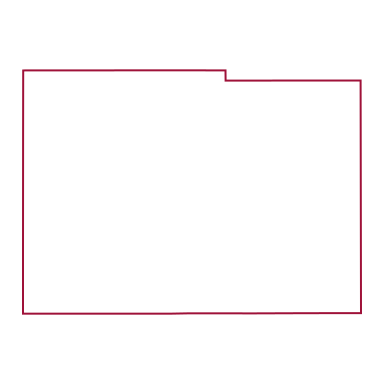 the district of Mower, Minnesota, United States of America
{"feature_id": "52423323B52141810404240", "entity_name": "Mower", "entity_type": "district", "adm_level": 2, "iso_a3": "USA", "parent_name": "United States of America", "parent_adm1": "Minnesota", "projection": "robinson", "projection_center": [-92.779, 43.674], "detail": "fine", "context": "isolated", "style": "outline", "palette": "rose", "viewbox_px": 384, "rotation_deg": 0, "n_neighbors": 0, "source": "geoboundaries", "source_scale": "gbopen_adm2", "svg_char_len": 411}
<svg xmlns="http://www.w3.org/2000/svg" viewBox="0 0 384 384"><path d="M225.5,70.4L163.8,70.3L90.4,70.4L25.2,70.4L23.2,70.5L23.1,131.5L23.0,252.9L23.0,313.7L37.0,313.7L46.3,313.7L123.8,313.7L168.8,313.7L190.3,313.3L215.5,313.3L223.7,313.3L225.8,313.3L235.1,313.3L245.9,313.4L248.2,313.4L302.3,313.2L352.2,313.1L361.0,313.1L360.6,80.5L225.6,80.6L225.5,70.4Z" fill="none" stroke="#9f1239" stroke-width="2"/></svg>